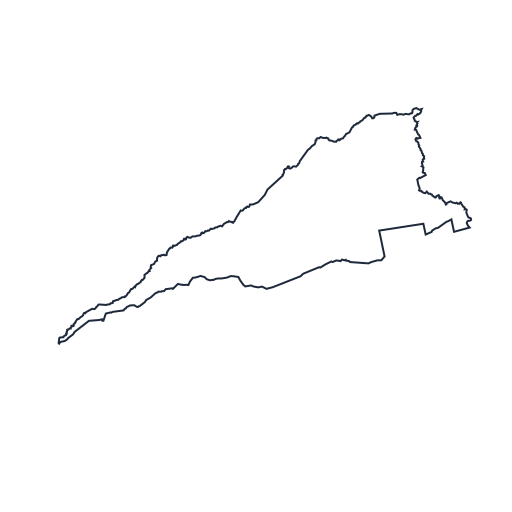 Ancasti, Catamarca, Argentina, rotated 62°
{"feature_id": "61730980B28877560844945", "entity_name": "Ancasti", "entity_type": "district", "adm_level": 2, "iso_a3": "ARG", "parent_name": "Argentina", "parent_adm1": "Catamarca", "projection": "albers", "projection_center": [-65.553, -29.088], "detail": "fine", "context": "isolated", "style": "outline", "palette": "slate", "viewbox_px": 512, "rotation_deg": 62, "n_neighbors": 0, "source": "geoboundaries", "source_scale": "gbopen_adm2", "svg_char_len": 5992}
<svg xmlns="http://www.w3.org/2000/svg" viewBox="0 0 512 512"><g transform="rotate(62 256 256)"><path d="M331.2,54.0L328.6,54.6L325.9,54.5L324.8,53.3L324.5,52.3L325.1,51.1L325.3,49.7L325.1,49.1L324.1,48.7L323.2,48.8L321.8,50.2L320.7,50.4L316.4,49.9L314.0,48.2L312.8,49.0L312.7,49.8L311.8,49.2L310.7,49.1L309.7,49.9L306.6,50.1L305.5,50.5L305.1,50.0L304.6,50.2L305.3,52.3L304.6,52.7L304.4,53.4L303.2,53.7L303.2,54.9L301.2,57.2L299.1,58.6L298.8,63.0L299.8,63.6L299.7,64.2L297.6,63.9L294.3,64.9L291.5,64.6L290.8,65.3L291.6,66.5L291.4,66.9L290.5,66.9L288.9,66.0L288.0,66.1L287.9,68.8L288.7,69.7L288.5,70.4L285.4,71.9L284.2,71.9L283.6,72.7L282.7,73.0L282.1,74.4L279.3,75.0L280.0,76.9L279.6,77.7L277.5,79.3L276.2,79.4L275.5,80.6L274.6,81.2L273.8,80.1L272.8,79.7L269.2,79.2L264.2,77.7L263.6,75.1L264.2,74.7L264.2,68.1L262.0,68.0L261.0,69.3L260.3,69.5L259.1,68.3L257.5,67.5L257.1,67.4L256.9,67.8L257.0,67.0L256.3,66.5L254.8,67.4L254.9,66.7L254.4,66.4L251.9,65.9L250.9,65.3L251.1,64.1L250.2,64.1L249.0,63.3L249.1,61.8L248.0,61.6L246.9,60.7L245.4,61.4L244.2,60.7L243.1,61.1L240.7,60.5L239.6,61.0L238.6,60.4L236.2,60.8L235.5,60.7L235.1,60.0L233.6,60.1L232.1,59.4L230.4,60.0L230.0,60.6L228.0,60.5L227.2,59.7L227.2,58.8L228.3,58.3L228.2,57.5L228.9,55.4L225.8,55.2L225.2,55.6L223.2,55.7L219.8,55.4L219.0,56.5L217.6,55.1L217.0,53.7L217.2,53.1L216.6,52.5L215.9,52.9L214.7,51.2L213.7,51.2L213.5,50.7L213.3,51.4L212.1,51.6L211.2,52.4L209.8,51.9L208.8,52.1L207.7,51.8L207.0,49.7L207.3,48.9L206.5,46.8L207.2,46.5L207.1,44.5L206.1,42.4L204.4,41.5L204.0,40.8L203.8,41.6L204.2,42.3L203.5,43.1L200.6,45.1L200.2,47.9L200.7,49.3L203.0,50.8L203.2,51.4L202.7,52.3L202.7,54.5L200.6,57.5L200.5,59.4L199.1,61.0L198.1,62.9L197.7,65.0L195.5,64.9L195.2,65.4L194.3,67.1L194.2,68.7L188.5,80.1L187.7,85.5L189.2,86.5L189.4,87.9L188.9,88.8L187.0,88.7L184.4,90.1L184.4,92.1L184.1,92.4L184.6,93.9L185.1,94.1L185.0,96.0L186.1,98.3L186.1,100.7L186.7,101.8L186.5,103.4L186.9,104.0L186.3,104.6L186.5,106.0L186.8,106.3L186.6,108.0L186.8,108.9L187.5,109.5L187.6,110.9L190.7,115.5L190.6,119.4L191.7,120.9L191.9,122.0L193.0,124.0L192.4,125.8L193.0,127.9L192.5,128.4L191.9,128.3L191.7,128.8L192.2,129.3L192.3,131.1L192.7,131.5L191.7,133.5L189.6,135.2L188.3,137.0L187.0,137.3L186.2,137.0L184.5,138.3L184.6,138.8L183.3,141.3L181.3,143.1L181.7,145.0L180.8,146.7L181.3,147.9L182.0,148.2L181.9,149.2L183.1,149.7L184.9,151.7L185.2,155.1L186.4,158.1L186.6,160.2L192.8,172.8L194.4,174.4L194.4,175.4L195.2,176.2L195.9,178.6L194.5,180.6L194.4,181.5L195.0,183.7L194.7,185.1L193.3,186.1L192.5,184.9L192.0,185.4L191.9,186.0L192.7,186.6L193.3,188.9L192.8,189.5L193.4,190.5L193.3,190.8L195.3,192.1L196.7,193.7L196.8,194.4L197.6,194.6L202.7,214.6L206.2,219.6L209.3,228.1L209.5,229.2L209.1,234.4L207.7,237.2L208.8,238.3L209.3,239.2L208.8,240.2L208.2,240.5L208.3,241.7L208.9,242.2L208.5,243.9L209.6,246.3L209.4,247.2L208.6,248.1L212.7,255.1L215.0,258.5L215.9,260.7L215.2,261.2L214.8,261.0L213.4,263.0L212.4,263.5L212.9,264.9L212.4,265.7L212.6,269.3L213.9,272.0L212.7,273.0L212.2,276.0L212.5,276.6L211.7,278.6L212.1,279.6L211.3,282.6L210.7,283.1L211.5,285.8L210.9,286.5L211.0,287.5L210.7,288.9L210.3,289.1L211.2,291.2L210.8,292.3L210.0,292.5L209.9,293.1L210.4,293.9L210.8,294.0L211.5,295.7L210.4,298.7L210.3,300.2L208.9,302.9L209.2,305.2L207.8,307.1L206.9,307.6L207.2,309.1L208.2,309.8L208.3,310.7L207.1,311.2L207.0,311.5L207.8,312.3L208.2,313.4L208.2,315.1L207.8,315.3L208.4,317.1L208.5,319.5L209.1,320.3L208.7,323.5L208.1,323.8L207.9,324.6L208.9,325.2L209.3,326.0L208.4,327.5L208.9,328.2L208.8,329.1L211.1,333.1L213.1,334.4L213.1,335.0L212.2,336.6L211.6,336.8L211.1,338.9L210.8,339.2L211.3,340.6L210.2,341.5L210.4,342.9L211.5,344.4L213.7,345.6L213.6,347.4L215.2,350.0L214.8,352.9L216.3,354.2L217.3,354.1L218.4,357.0L219.4,357.1L219.1,358.1L220.0,359.8L219.8,360.3L220.4,363.4L222.9,364.6L224.0,367.6L223.6,368.1L224.1,369.3L225.0,370.3L224.9,371.6L225.3,372.7L225.1,374.7L226.0,376.6L226.6,377.2L226.0,377.4L227.0,380.6L226.6,382.0L228.6,385.2L228.6,386.5L229.8,388.3L230.4,389.9L230.1,390.8L230.6,391.2L229.5,393.8L229.8,395.5L229.6,396.8L230.0,398.1L229.3,399.9L229.2,402.1L228.8,403.4L230.2,404.7L229.5,406.8L229.9,407.3L229.8,408.3L228.9,410.5L229.0,411.1L225.1,417.3L225.1,418.2L225.7,419.3L226.3,421.6L226.9,422.3L227.0,423.7L225.7,425.5L225.8,432.6L226.4,433.5L225.7,434.3L225.7,434.9L227.1,436.5L227.6,437.8L227.6,439.5L228.4,442.4L227.9,443.1L228.0,443.8L229.9,447.2L230.2,447.1L230.7,449.2L231.6,449.4L232.2,450.0L232.0,450.7L231.8,450.5L231.0,451.7L231.8,452.2L232.4,453.4L233.0,453.6L232.5,454.7L232.9,456.2L232.4,456.9L232.5,457.4L233.8,458.1L234.2,459.0L234.7,459.0L235.5,460.1L235.9,459.8L236.7,461.1L236.5,462.2L236.7,463.7L237.3,464.2L235.9,467.4L236.1,468.2L240.3,471.2L241.0,471.0L240.1,469.0L241.3,464.6L240.9,461.7L240.2,460.1L239.3,454.3L237.9,451.9L234.8,433.9L238.9,424.5L239.6,421.6L240.0,421.2L240.9,422.0L241.5,421.1L236.3,415.6L237.6,410.7L238.1,410.3L238.0,408.9L241.9,398.4L241.0,396.7L241.2,395.6L240.4,394.3L240.6,390.2L242.3,386.6L244.8,385.2L245.6,384.3L245.4,383.1L245.6,382.1L244.5,375.7L243.3,373.6L243.2,368.5L241.6,362.1L242.0,360.0L241.6,359.1L243.0,356.4L243.0,355.3L243.8,353.7L242.9,351.3L245.2,345.1L246.0,344.8L244.0,338.1L246.8,334.8L247.0,334.1L247.8,333.3L248.7,331.0L249.9,329.3L247.6,326.4L245.6,322.0L246.7,319.1L247.6,314.3L250.5,311.3L253.4,310.4L255.8,308.1L256.7,305.5L257.1,305.0L257.3,302.2L258.1,299.9L259.7,296.9L261.5,291.5L261.8,287.9L263.4,285.2L266.3,281.4L270.2,281.4L275.5,280.7L277.8,279.8L279.7,274.2L281.7,272.6L284.7,268.8L285.9,265.0L289.9,262.2L291.4,255.9L294.8,226.1L293.8,222.8L295.5,205.6L296.4,204.7L296.0,198.5L296.2,192.1L297.3,191.2L297.6,187.2L300.2,183.7L299.5,181.8L301.4,179.8L301.5,178.5L302.5,178.5L304.1,176.3L305.5,175.8L315.3,160.2L315.5,157.0L316.8,150.9L318.6,147.4L316.8,142.7L291.4,135.3L306.1,93.1L316.7,96.1L317.2,89.6L316.3,88.6L315.9,84.5L316.6,82.1L315.2,71.7L315.5,70.3L315.4,66.3L327.6,69.8L331.2,54.0Z" fill="none" stroke="#1e293b" stroke-width="2"/></g></svg>